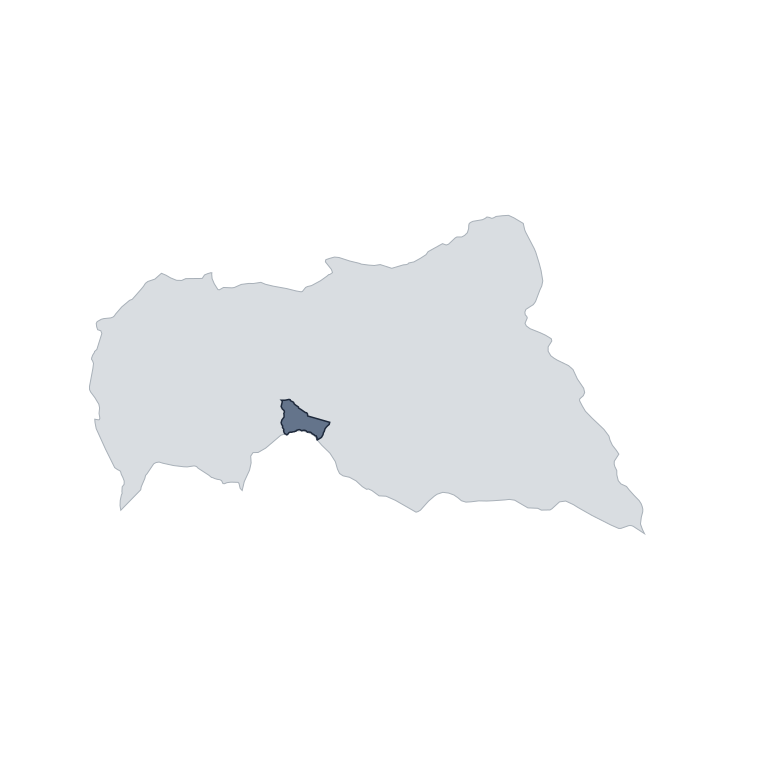 location of Djoukou, Kémo, Central African Republic, rotated 17°
{"feature_id": "33826404B12088014945622", "entity_name": "Djoukou", "entity_type": "district", "adm_level": 2, "iso_a3": "CAF", "parent_name": "Central African Republic", "parent_adm1": "Kémo", "projection": "albers", "projection_center": [19.458, 5.319], "detail": "fine", "context": "in_parent", "style": "filled", "palette": "slate", "viewbox_px": 768, "rotation_deg": 17, "n_neighbors": 0, "source": "geoboundaries", "source_scale": "gbopen_adm2", "svg_char_len": 6001}
<svg xmlns="http://www.w3.org/2000/svg" viewBox="0 0 768 768"><g transform="rotate(17 384 384)"><path d="M524.1,290.1L530.7,291.8L531.9,293.8L530.1,300.5L531.4,304.7L535.2,308.2L539.0,309.6L542.6,310.5L555.2,312.5L560.5,314.9L567.5,322.7L576.2,329.7L578.4,333.5L578.0,336.9L575.5,341.1L575.9,342.8L579.9,346.9L584.6,351.2L593.0,355.8L607.6,363.1L614.3,368.0L616.6,371.7L620.3,375.8L625.6,379.5L629.1,382.4L626.8,390.5L627.5,393.2L628.9,395.5L631.9,398.7L633.2,402.8L636.3,408.0L639.9,410.3L645.9,411.1L649.1,413.4L655.7,417.4L662.1,420.9L664.9,423.3L666.6,425.5L668.1,428.0L668.8,430.6L669.0,436.1L670.2,442.9L673.7,447.6L676.9,451.0L663.8,447.2L661.9,447.1L659.6,447.8L652.8,452.8L650.7,453.5L642.1,452.5L621.3,448.9L605.3,445.3L600.5,444.0L592.0,442.8L586.3,445.4L581.1,454.2L579.6,455.9L571.3,458.6L567.4,457.9L557.8,460.4L542.9,456.9L537.6,457.7L533.5,459.5L522.8,463.6L516.4,465.9L508.9,468.0L501.7,471.2L496.9,473.0L492.2,473.0L488.0,471.2L483.3,469.7L477.7,469.4L471.9,470.4L467.0,473.9L465.0,476.4L460.8,483.1L455.8,493.9L453.8,496.1L452.1,497.2L428.8,491.9L418.8,490.7L412.0,492.4L403.5,489.4L399.8,488.9L398.1,489.8L393.3,488.5L385.6,484.8L378.3,483.3L371.7,483.8L367.7,482.6L364.4,479.0L360.2,472.5L352.6,466.0L342.5,460.8L336.2,456.9L333.6,454.2L328.2,452.8L319.8,452.5L311.8,455.1L300.3,463.2L289.6,479.9L283.6,486.3L278.8,487.9L277.6,491.9L280.0,498.3L280.6,505.7L278.9,518.2L279.5,527.3L276.9,525.8L274.5,521.6L273.3,520.7L266.3,522.6L262.6,524.3L260.6,526.0L259.1,526.3L256.9,523.9L255.1,523.5L252.3,523.9L249.5,523.9L247.6,523.6L246.4,523.8L243.1,522.4L230.9,518.9L228.8,517.7L226.4,517.8L220.1,520.8L216.7,521.7L206.7,523.5L195.9,524.4L191.7,524.4L188.9,525.8L187.1,527.7L183.6,539.2L182.7,541.2L182.9,544.1L181.9,553.4L182.3,556.3L169.2,581.7L167.1,577.4L165.8,572.4L165.3,566.7L165.6,565.2L164.8,563.5L163.7,558.9L164.8,555.9L163.9,552.7L161.5,549.6L159.2,547.2L157.9,545.1L156.8,544.2L154.3,543.8L150.9,542.7L136.7,527.7L121.8,510.8L118.9,505.3L117.7,502.2L121.3,501.8L122.2,501.3L122.3,499.8L120.1,495.5L119.0,490.0L117.2,486.7L111.4,481.5L105.9,477.5L104.1,475.5L103.1,472.6L101.1,454.5L100.2,449.3L98.5,447.0L97.2,446.0L96.8,444.7L97.0,441.5L97.8,438.6L97.7,437.5L99.3,434.9L99.4,418.2L97.6,415.9L94.3,415.8L92.5,413.3L91.1,410.2L91.5,408.1L94.8,404.7L96.9,403.4L103.3,400.7L105.1,399.4L106.2,397.8L106.9,395.5L110.7,386.9L116.2,378.4L118.5,376.6L124.2,364.0L125.5,360.8L126.4,357.5L128.2,355.0L134.2,350.7L138.8,343.2L143.7,343.7L148.8,344.9L155.3,345.5L160.3,344.1L163.6,341.2L179.3,336.2L180.5,332.2L183.0,330.1L185.9,328.2L186.9,328.0L187.1,329.3L188.8,333.5L192.3,337.7L197.6,342.3L199.1,342.0L202.3,338.6L210.5,336.5L212.6,335.5L218.4,330.5L225.4,327.3L229.5,326.2L236.5,322.8L241.6,323.3L249.6,322.8L263.1,321.2L272.8,320.7L277.7,320.1L278.9,319.4L280.8,314.6L282.3,313.2L285.9,311.1L293.1,303.8L297.8,297.7L299.2,295.5L300.2,295.1L302.2,292.5L300.2,289.8L292.2,284.3L292.3,283.6L291.9,282.6L292.3,281.9L295.4,279.7L299.5,277.1L303.9,276.2L315.3,276.4L325.1,275.8L327.3,276.0L334.9,274.7L340.1,273.5L345.5,270.9L357.6,271.1L367.7,264.4L370.6,263.2L371.8,262.2L372.2,261.1L376.9,258.5L382.2,253.0L386.4,248.0L387.5,244.5L398.9,232.7L402.8,232.9L404.8,231.5L409.3,223.6L410.7,222.1L415.3,220.7L417.6,218.4L419.5,214.9L419.5,210.6L418.6,207.2L418.6,205.5L419.7,204.0L421.5,202.4L430.1,198.1L432.3,196.1L433.6,194.2L436.0,193.9L438.7,194.1L440.4,192.9L442.2,191.0L448.2,188.4L453.8,186.3L459.6,187.1L470.2,189.7L473.4,195.3L474.9,197.2L488.0,210.5L490.6,213.6L497.1,223.2L501.1,229.7L505.7,239.0L506.2,244.1L505.6,248.5L504.8,260.9L503.6,264.4L497.9,271.1L497.7,274.1L498.9,276.6L500.7,277.6L501.7,278.9L501.1,284.7L503.2,286.9L507.5,288.4L518.4,289.3L524.1,290.1Z" fill="#d9dde1" stroke="#a8b0b8" stroke-width="1"/><path d="M343.4,438.7L343.3,436.5L320.4,436.9L320.0,436.0L319.6,435.0L318.4,434.1L317.2,434.3L311.9,432.6L309.4,432.0L308.9,431.0L305.6,430.0L304.0,429.3L302.9,428.0L302.0,427.7L300.4,427.5L299.3,427.2L298.9,426.5L297.8,426.5L297.1,426.8L295.9,427.5L294.0,428.5L290.6,429.5L291.2,429.8L291.9,430.6L292.0,431.9L292.2,435.6L294.1,437.6L296.2,438.6L297.0,439.9L296.8,441.5L297.4,442.6L298.1,444.8L296.9,448.1L296.9,451.0L297.9,452.6L299.3,453.7L299.7,455.4L301.3,456.5L301.6,457.1L301.6,458.0L302.4,459.3L303.6,460.6L304.1,460.5L304.5,460.6L305.0,460.7L305.1,460.8L305.3,461.0L305.5,461.1L305.9,461.0L306.1,460.9L306.4,460.6L306.6,460.4L306.7,460.1L306.8,459.9L306.8,459.6L306.9,459.4L307.0,459.2L307.2,458.7L307.3,458.5L307.5,458.2L307.8,457.9L308.5,457.5L308.7,457.4L309.0,457.3L309.2,457.2L309.6,457.2L309.8,457.1L310.0,457.0L310.3,456.8L310.5,456.6L310.8,456.4L311.0,456.3L311.3,456.2L311.5,456.1L311.9,455.9L312.1,455.8L312.3,455.8L312.4,455.7L312.6,455.5L312.7,455.3L312.8,455.2L313.0,455.1L313.3,455.0L313.5,454.9L313.8,454.5L313.8,454.3L313.9,454.1L313.9,453.9L314.1,453.8L314.4,453.6L314.8,453.3L315.1,453.0L315.4,452.8L315.8,452.6L316.1,452.5L316.3,452.4L316.6,452.3L316.9,452.3L317.2,452.3L317.5,452.4L317.7,452.5L317.9,452.5L318.1,452.5L318.4,452.6L318.6,452.7L318.7,452.8L318.9,452.8L319.2,452.7L319.4,452.6L319.5,452.4L319.9,452.1L320.1,452.1L320.3,452.0L320.6,451.8L320.7,451.7L320.9,451.6L321.1,451.5L321.3,451.5L321.7,451.5L322.0,451.5L322.3,451.4L322.6,451.5L322.9,451.5L323.3,451.6L323.6,451.8L324.0,452.0L324.5,452.2L324.9,452.4L325.1,452.4L325.4,452.2L325.7,452.1L326.0,451.9L326.5,451.8L327.1,451.8L327.5,451.7L327.9,451.6L328.3,451.7L328.8,451.9L329.2,452.2L329.4,452.3L329.8,452.5L330.1,452.6L330.4,452.6L330.6,452.7L330.9,452.8L331.3,452.8L331.7,452.9L332.1,453.0L332.3,453.1L332.6,453.3L332.8,453.4L333.2,453.6L333.5,453.6L333.8,453.6L334.0,453.5L334.2,453.4L334.4,453.5L334.6,453.7L334.8,454.0L335.0,454.4L335.3,454.7L335.5,454.9L335.6,455.0L335.8,455.2L335.8,455.3L335.8,455.5L335.8,455.8L335.9,456.0L336.0,456.3L336.1,456.6L336.2,456.8L336.4,456.9L336.5,457.0L339.0,454.3L339.8,453.3L340.5,450.3L340.3,448.2L340.7,447.0L340.7,444.2L341.3,442.4L342.2,440.6L343.4,438.7Z" fill="#64748b" stroke="#1e293b" stroke-width="1.5"/></g></svg>